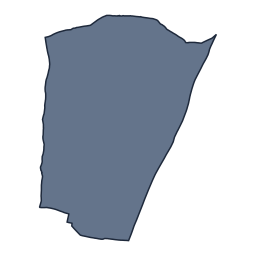 outline of Lat Phrao, Bangkok Metropolis, Thailand
{"feature_id": "78962969B95574148528109", "entity_name": "Lat Phrao", "entity_type": "district", "adm_level": 2, "iso_a3": "THA", "parent_name": "Thailand", "parent_adm1": "Bangkok Metropolis", "projection": "robinson", "projection_center": [100.606, 13.822], "detail": "fine", "context": "isolated", "style": "filled", "palette": "slate", "viewbox_px": 256, "rotation_deg": 0, "n_neighbors": 0, "source": "geoboundaries", "source_scale": "gbopen_adm2", "svg_char_len": 5178}
<svg xmlns="http://www.w3.org/2000/svg" viewBox="0 0 256 256"><path d="M170.6,147.2L171.7,145.0L172.7,142.9L173.2,141.9L174.5,137.1L175.7,134.6L177.3,131.2L177.7,130.6L180.3,125.4L182.5,120.9L185.4,113.2L186.2,111.1L187.0,108.6L187.6,106.4L188.1,104.8L188.5,103.3L189.4,99.1L189.8,96.9L190.6,93.6L191.2,91.5L191.8,89.2L192.3,87.6L193.1,85.0L194.0,82.4L195.2,79.4L195.8,78.3L196.9,76.1L199.4,71.3L200.8,68.6L202.6,64.9L203.6,63.0L204.2,62.0L206.1,58.6L206.6,57.6L207.5,55.7L207.8,55.2L208.0,54.7L208.5,53.2L209.0,51.6L209.5,49.4L210.2,47.7L210.8,46.2L212.1,43.5L213.4,40.6L214.7,37.9L216.4,34.4L212.6,37.7L211.6,38.4L209.3,39.4L207.1,40.4L203.1,42.3L202.0,42.9L201.2,43.2L199.7,43.0L197.9,42.8L197.6,42.8L195.5,42.5L194.0,42.4L192.5,42.4L190.9,42.4L189.5,42.4L189.2,42.4L189.2,42.5L188.9,42.6L187.7,42.7L187.2,42.7L185.8,42.6L185.7,42.5L185.5,42.2L185.0,41.3L184.8,40.9L184.5,40.6L183.9,39.9L183.1,39.3L182.0,38.5L180.5,37.6L179.5,37.2L178.6,36.5L178.1,36.3L177.4,35.7L176.9,35.4L176.2,34.9L175.8,34.6L173.3,33.2L172.4,32.6L171.4,32.0L171.0,31.8L170.3,31.4L169.7,31.0L168.4,30.2L167.1,29.5L167.0,29.4L166.9,29.3L166.7,29.1L165.9,28.2L165.8,27.9L165.7,27.7L164.3,26.3L164.2,26.2L163.0,25.4L162.2,24.8L162.1,24.7L161.9,24.6L161.6,24.5L161.5,24.4L161.0,24.3L160.9,24.2L160.4,23.9L160.0,23.5L158.9,22.1L158.7,21.8L158.0,21.0L157.9,20.8L157.6,20.5L157.3,20.3L157.1,20.2L156.1,19.7L154.3,19.1L153.4,18.8L153.1,18.7L152.6,18.6L150.6,18.4L150.3,18.4L149.7,18.3L148.0,18.0L146.5,17.8L144.2,17.5L141.7,17.1L141.0,16.8L140.8,16.8L140.7,16.7L140.2,16.9L138.6,16.7L136.2,16.5L134.7,16.3L133.8,16.2L132.6,16.0L131.3,16.0L130.8,15.8L130.7,15.8L130.1,15.8L129.8,15.9L129.7,15.9L128.6,15.9L127.1,15.9L124.1,15.9L123.5,15.7L123.3,15.7L123.0,15.7L122.8,15.7L122.1,16.0L121.9,16.0L121.1,16.0L120.8,15.9L120.6,15.9L120.4,15.9L120.2,16.0L119.9,16.0L119.7,15.7L119.4,15.5L119.2,15.6L118.9,15.9L118.7,15.9L118.4,15.7L118.2,15.7L117.9,15.7L117.8,15.8L117.6,16.0L117.3,16.0L115.7,15.9L115.3,15.9L114.5,15.8L114.1,15.8L113.9,15.8L113.7,15.8L113.2,15.9L112.9,15.9L111.4,15.6L110.6,15.5L109.5,15.4L108.6,15.4L107.2,15.4L106.7,15.4L106.4,15.5L106.1,15.6L105.6,15.9L103.9,16.5L103.0,16.9L102.1,17.3L101.5,17.7L101.3,17.8L98.5,19.4L97.3,20.2L91.9,24.2L90.4,25.3L86.2,26.0L84.2,26.2L82.5,26.5L80.5,26.9L78.4,27.3L77.9,27.4L77.7,27.4L76.9,27.4L76.7,27.5L75.3,28.0L75.2,28.1L73.6,28.2L73.4,28.3L73.2,28.3L72.7,28.5L71.0,29.6L70.9,29.7L69.7,29.7L69.4,29.8L67.6,29.9L66.0,30.1L64.2,30.6L61.5,31.3L59.6,31.8L57.3,32.6L55.6,33.3L54.7,33.7L53.0,34.5L52.2,35.0L51.3,35.5L50.7,35.8L50.1,36.0L48.3,36.7L47.3,36.9L45.2,37.4L45.2,37.7L45.3,38.1L45.9,42.2L46.6,46.4L46.8,47.8L47.1,49.1L47.3,50.4L47.6,51.9L48.1,54.1L48.7,56.2L49.1,58.4L49.3,59.6L49.4,60.8L49.6,62.6L49.7,64.1L49.7,64.6L49.5,66.1L49.5,66.3L49.4,67.9L49.3,68.5L49.1,69.1L48.6,71.0L48.2,73.1L47.0,77.6L46.6,78.6L46.3,79.4L46.1,80.4L45.9,81.1L45.7,82.9L45.4,85.5L45.2,86.7L45.1,88.0L45.1,89.4L45.2,91.1L45.3,91.8L45.4,92.1L45.6,93.0L45.6,93.4L45.7,93.8L45.7,94.1L45.7,94.6L45.7,97.0L45.6,99.3L45.4,100.3L45.3,101.4L45.1,102.5L44.9,103.9L44.7,105.7L44.8,106.9L44.8,107.4L44.8,107.9L44.5,110.4L44.1,113.6L44.0,113.9L44.0,114.0L43.6,115.0L43.0,117.3L42.6,119.2L42.5,119.5L42.6,119.9L43.3,123.7L43.4,124.3L43.4,125.9L43.4,126.8L43.4,127.6L43.5,127.7L43.4,128.3L43.5,128.6L43.3,129.8L43.3,130.4L43.3,130.7L43.2,134.3L43.2,134.6L42.9,136.5L42.9,138.2L43.0,138.8L43.1,139.7L43.7,142.3L44.2,144.5L43.9,147.0L43.9,148.1L43.9,148.9L43.8,149.7L43.8,150.2L43.2,153.6L43.1,154.0L42.4,156.0L42.3,156.3L42.2,156.6L42.2,157.0L42.1,159.2L42.2,160.7L42.2,161.2L42.2,161.8L42.1,162.1L42.1,162.4L41.9,163.1L41.3,165.1L40.6,166.7L40.5,167.2L40.5,167.5L40.5,168.1L40.9,170.1L40.9,170.3L41.0,170.4L41.3,170.7L41.3,170.8L41.8,172.4L41.8,172.7L41.9,172.8L41.7,173.0L42.3,175.4L42.5,175.8L42.5,176.0L42.5,176.8L42.3,178.3L41.8,180.8L41.6,183.4L41.4,185.1L41.4,190.4L41.1,195.7L41.1,196.3L41.2,197.3L41.3,200.1L41.3,200.9L41.2,201.4L39.7,206.7L39.6,206.9L39.6,207.0L39.8,207.4L41.3,207.6L42.7,207.6L43.7,207.6L44.3,207.6L46.2,207.5L47.1,207.5L47.8,207.7L49.2,207.9L50.5,208.1L52.2,208.5L54.3,209.0L56.0,209.5L57.1,209.9L60.8,211.3L61.8,211.6L62.6,211.9L64.0,212.5L65.6,213.0L68.2,213.7L68.6,213.8L68.8,213.9L68.7,214.7L68.4,216.1L67.3,221.0L67.1,222.1L68.5,222.5L71.0,223.0L71.7,223.2L72.0,223.3L71.8,226.0L74.1,228.6L75.5,230.1L77.6,232.3L79.5,234.3L79.9,234.7L80.4,235.1L80.6,235.2L81.0,235.3L81.6,235.5L82.8,235.8L84.8,236.2L86.7,236.6L88.9,237.1L90.8,237.5L93.1,237.8L94.5,238.1L96.7,238.4L98.7,238.8L101.3,239.2L102.1,239.2L102.5,239.2L103.1,239.1L103.9,238.8L104.4,238.6L104.7,238.5L105.1,238.5L107.5,238.6L107.9,238.6L108.1,238.7L109.0,238.8L111.1,239.1L112.2,239.2L115.0,239.6L115.9,239.7L117.7,239.9L118.5,240.0L120.0,240.1L120.9,240.2L122.2,240.2L123.8,240.3L125.2,240.4L126.0,240.4L128.6,240.6L131.2,234.0L132.5,230.4L134.0,226.0L134.9,223.8L136.5,220.1L137.0,218.8L137.3,218.0L138.0,216.3L138.4,215.2L139.4,212.7L140.3,210.4L141.3,207.9L142.4,205.1L142.9,203.8L144.4,199.8L146.7,194.1L148.6,189.4L149.2,188.0L152.4,180.5L154.9,175.0L155.5,173.8L156.1,172.7L158.8,167.8L164.1,158.6L166.2,154.7L168.9,150.1L170.6,147.2Z" fill="#64748b" stroke="#1e293b" stroke-width="1.5"/></svg>